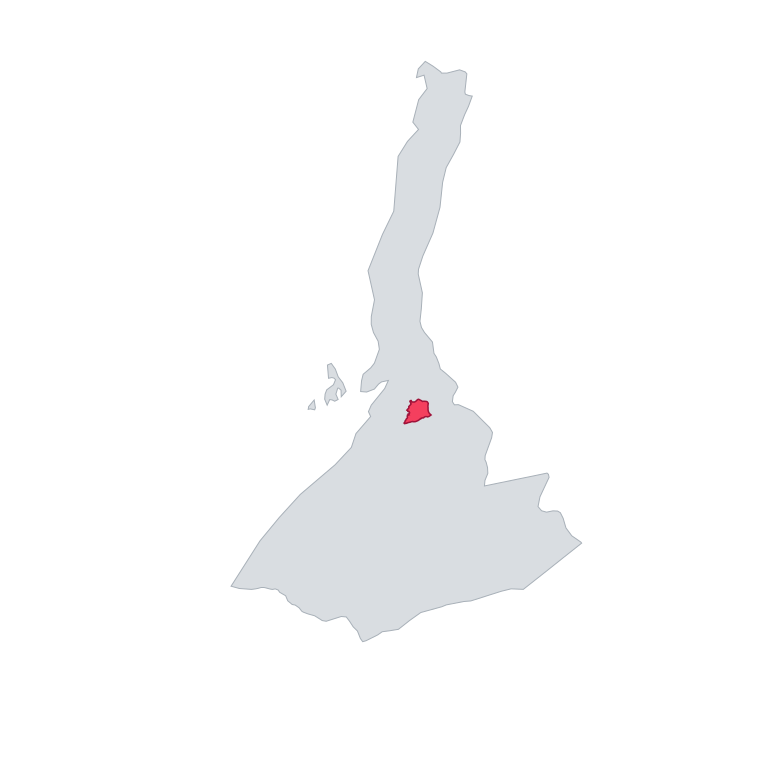 location of Segeneity, Debub, Eritrea, rotated 237°
{"feature_id": "51966322B33057648537634", "entity_name": "Segeneity", "entity_type": "district", "adm_level": 2, "iso_a3": "ERI", "parent_name": "Eritrea", "parent_adm1": "Debub", "projection": "robinson", "projection_center": [39.223, 15.059], "detail": "fine", "context": "in_parent", "style": "filled", "palette": "rose", "viewbox_px": 768, "rotation_deg": 237, "n_neighbors": 0, "source": "geoboundaries", "source_scale": "gbopen_adm2", "svg_char_len": 6199}
<svg xmlns="http://www.w3.org/2000/svg" viewBox="0 0 768 768"><g transform="rotate(237 384 384)"><path d="M142.9,463.1L140.6,438.8L139.0,422.5L137.4,405.2L135.9,389.0L143.0,379.0L146.3,369.5L154.8,338.6L158.1,332.5L164.8,316.0L165.7,311.2L172.3,290.4L171.7,276.5L170.4,262.5L174.0,254.3L177.2,247.6L177.0,242.1L178.5,229.0L179.5,225.8L183.4,225.6L191.3,227.2L197.2,225.9L204.0,225.9L209.2,225.5L212.3,221.5L216.5,206.3L219.3,203.3L221.4,202.4L227.4,199.6L232.5,195.1L236.7,192.0L238.2,191.3L242.6,190.9L247.0,189.1L249.1,186.9L254.6,185.2L260.0,186.2L263.7,184.3L266.1,183.1L268.9,183.0L271.4,181.2L272.5,178.5L274.1,176.8L278.4,172.9L280.3,170.0L281.2,167.1L282.1,164.8L283.9,161.0L291.3,151.3L297.7,145.6L320.0,194.6L329.1,223.5L337.0,253.7L342.9,299.1L348.6,322.1L357.7,333.5L364.0,355.1L369.3,355.9L373.2,361.8L379.8,382.1L384.6,389.6L387.1,383.1L386.9,379.4L385.0,373.2L386.7,365.1L390.4,360.3L398.9,366.9L403.5,371.8L404.8,381.8L406.7,387.3L415.6,399.0L423.1,402.4L432.9,403.2L441.0,405.8L447.5,410.1L459.8,421.9L487.7,432.3L510.3,464.2L523.6,486.3L567.2,519.8L574.7,535.9L578.7,551.6L587.9,550.8L603.6,568.0L608.3,581.1L621.2,585.8L623.3,578.1L629.6,584.4L632.1,594.3L623.9,598.2L614.8,601.6L613.5,601.5L610.5,606.0L606.3,618.5L601.5,622.1L599.0,622.4L584.8,610.8L582.7,610.1L579.6,612.4L577.4,614.8L570.8,606.0L565.9,598.2L559.1,588.9L552.6,584.8L545.6,579.5L538.7,567.4L531.6,554.0L521.2,543.0L501.7,527.2L483.9,507.2L470.2,486.3L461.4,475.4L457.6,472.6L439.5,465.8L426.7,456.2L417.0,448.3L411.0,446.2L405.2,446.0L392.8,447.5L382.5,442.6L378.2,442.6L371.3,441.2L365.9,439.4L359.5,441.5L346.5,445.0L341.1,444.3L338.2,439.3L336.5,435.6L331.9,431.7L328.2,431.7L326.1,435.2L312.5,444.0L289.7,448.9L284.3,448.6L280.3,445.0L268.8,429.8L265.5,427.4L262.9,427.1L257.5,425.3L252.5,422.4L248.2,416.2L243.8,412.7L239.0,424.9L230.7,446.1L226.2,457.5L220.5,472.2L218.7,472.7L215.8,471.6L204.4,453.3L197.3,446.4L191.9,447.1L188.0,450.5L185.6,456.6L182.9,460.4L180.0,461.8L173.8,461.1L164.2,458.2L154.4,458.8L144.2,463.0L142.9,463.1ZM410.9,341.2L414.0,345.7L416.1,345.3L417.8,343.8L419.0,340.6L430.7,346.9L430.0,351.0L423.0,351.3L415.0,349.5L407.5,350.1L398.6,348.3L396.6,341.2L402.2,344.6L405.2,343.8L405.7,342.9L401.7,338.1L396.0,337.1L396.4,333.3L398.9,331.8L400.5,330.0L397.2,324.8L403.6,326.0L407.6,329.1L410.3,332.8L410.9,341.2ZM406.1,308.5L408.6,316.7L401.4,313.5L400.1,311.8L403.3,308.6L404.0,306.6L406.1,308.5Z" fill="#d9dde1" stroke="#a8b0b8" stroke-width="1"/><path d="M355.5,397.7L355.6,397.1L355.6,396.7L355.4,396.6L355.3,396.4L355.2,396.2L354.9,396.1L354.7,396.3L354.4,396.4L354.2,396.3L353.9,396.4L353.7,396.2L353.4,396.0L353.2,395.9L352.9,395.8L352.7,395.9L352.4,395.6L352.4,395.4L352.4,395.2L352.2,395.1L352.2,394.9L352.1,394.7L352.0,394.4L352.0,394.2L351.9,393.9L351.9,393.7L351.8,393.4L351.8,393.2L351.7,393.0L351.6,392.5L351.5,392.4L351.4,392.4L351.2,392.3L351.1,392.2L350.8,392.1L350.7,392.1L350.4,391.7L350.2,391.4L350.2,390.9L350.0,390.3L349.9,390.2L349.9,389.9L349.8,389.6L349.8,389.4L349.7,389.1L349.6,388.9L349.4,389.0L349.2,389.2L348.9,389.3L348.7,389.3L348.4,389.2L348.4,389.3L348.2,389.4L347.9,389.4L347.8,389.5L347.6,389.6L347.4,389.8L347.2,390.0L347.0,389.9L346.9,389.9L346.8,389.7L346.7,389.7L346.5,389.8L346.4,389.8L346.2,389.9L345.9,389.8L345.8,389.6L345.5,389.3L345.5,389.1L345.3,388.9L345.1,388.7L345.1,388.4L345.3,388.4L345.5,388.3L345.5,388.1L345.7,387.9L345.6,387.7L345.4,387.6L345.2,387.5L344.9,387.6L344.7,387.7L344.8,387.4L344.7,387.2L344.8,387.1L345.0,387.1L345.1,386.9L345.1,386.7L344.9,386.6L344.7,386.5L344.6,386.4L344.5,386.2L344.4,386.2L344.2,386.0L344.1,385.9L343.8,385.6L343.7,385.6L343.4,385.5L343.2,385.5L343.0,385.4L342.9,385.2L342.6,384.4L342.6,383.9L342.4,383.4L342.2,383.1L342.0,382.9L341.9,382.8L341.9,382.7L341.7,382.1L341.7,381.9L341.5,381.6L341.3,381.4L340.9,381.0L340.9,380.9L340.7,380.7L340.6,380.4L340.4,380.2L340.2,379.9L340.3,379.9L340.3,379.7L340.1,379.8L340.1,380.0L340.0,379.9L340.0,379.7L339.9,379.6L339.6,379.6L339.5,379.8L339.4,380.1L339.4,380.4L339.2,380.6L339.0,380.9L339.0,381.0L338.9,381.3L338.8,381.5L338.7,381.8L338.8,382.0L338.7,382.2L338.8,382.3L338.7,382.6L338.5,383.0L338.4,383.4L338.4,383.5L338.2,383.9L338.2,384.0L338.0,384.4L338.0,384.6L337.9,384.7L337.7,385.2L337.6,385.5L337.6,385.8L337.6,386.0L337.4,386.5L337.1,387.0L337.0,387.3L337.0,387.5L336.9,387.6L336.7,387.8L336.3,388.3L336.2,388.3L336.1,388.5L335.7,389.1L335.6,389.3L335.5,389.5L335.4,389.7L335.2,390.2L335.2,390.5L335.0,391.3L335.0,391.8L334.9,391.9L334.9,392.1L334.8,392.4L334.9,392.5L334.8,393.2L334.8,393.9L334.8,394.1L334.9,394.3L334.9,394.6L334.9,395.0L334.8,395.3L334.8,395.5L335.1,395.7L335.1,395.8L335.1,396.0L334.9,396.1L334.9,396.3L334.7,396.5L334.8,396.9L334.8,397.1L334.8,397.3L334.9,397.5L334.7,397.8L334.5,398.1L334.4,398.1L334.2,398.2L334.2,398.3L334.3,398.4L334.3,398.5L334.1,399.0L334.1,399.3L334.3,399.5L334.3,399.9L334.3,400.3L334.2,400.5L334.1,400.8L334.1,401.0L333.7,401.5L333.5,401.9L333.4,402.1L333.2,402.3L333.0,402.5L332.8,402.6L332.7,402.6L332.6,402.9L332.5,403.3L332.4,403.5L332.3,403.8L332.3,404.0L332.3,404.3L332.3,404.5L332.3,404.8L332.3,405.3L332.4,405.6L332.4,406.4L332.4,406.6L332.9,406.5L333.4,406.3L333.6,406.3L333.8,406.2L334.1,406.2L334.4,406.1L334.7,406.1L335.7,406.0L336.4,406.2L336.8,406.3L337.1,406.4L337.4,406.4L337.5,406.5L337.9,406.7L338.1,406.8L338.4,407.0L338.8,407.1L339.3,407.5L339.6,407.7L340.0,408.0L340.5,408.2L340.9,408.4L341.1,408.5L341.4,408.7L341.6,408.9L341.7,409.0L342.1,409.2L342.2,409.3L342.3,409.3L342.5,409.6L342.9,409.9L343.1,410.0L343.3,410.3L343.5,410.5L343.9,410.6L344.0,410.6L344.3,410.6L344.5,410.6L345.4,410.6L345.6,410.5L346.0,410.3L346.1,410.2L346.4,409.9L346.7,409.6L346.9,409.3L347.0,409.1L347.2,408.9L347.3,408.7L347.7,408.3L347.9,407.9L348.1,407.6L348.2,407.4L348.3,407.3L348.3,406.9L349.0,406.5L349.6,406.3L350.3,405.9L351.5,405.2L352.3,404.8L352.6,404.1L352.6,403.2L352.5,402.8L352.4,402.5L352.3,401.8L352.2,401.4L352.2,400.3L352.4,399.4L352.5,399.3L352.7,399.2L352.8,399.0L353.0,398.7L353.1,398.4L353.4,398.1L353.5,398.0L353.8,397.8L354.1,397.7L354.4,397.5L354.7,397.6L354.9,397.7L355.0,397.8L355.4,397.8L355.5,397.7Z" fill="#f43f5e" stroke="#9f1239" stroke-width="1.5"/></g></svg>